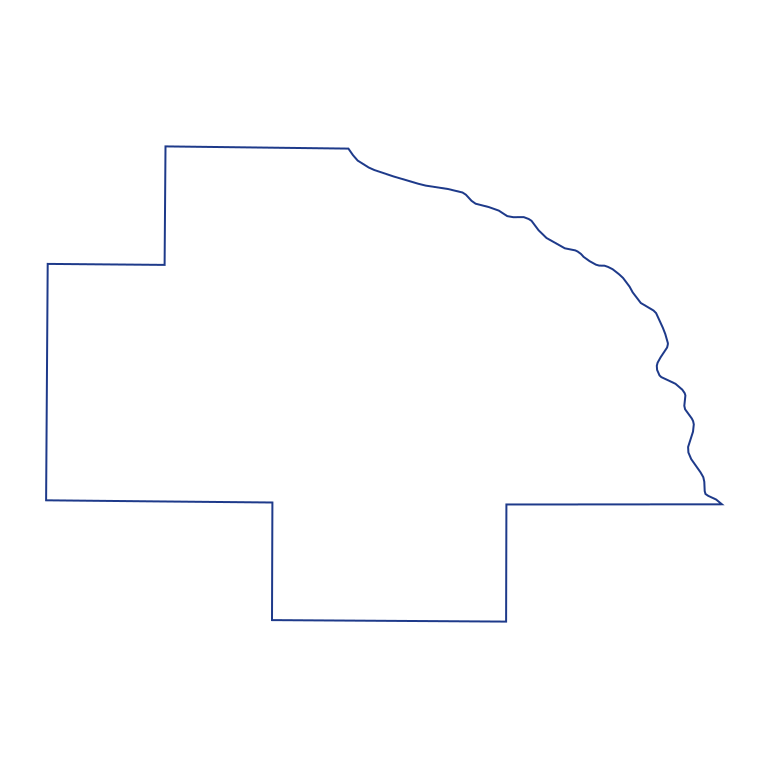 Wabasha, Minnesota, United States of America (Albers equal-area conic projection)
{"feature_id": "52423323B18779355101233", "entity_name": "Wabasha", "entity_type": "district", "adm_level": 2, "iso_a3": "USA", "parent_name": "United States of America", "parent_adm1": "Minnesota", "projection": "albers", "projection_center": [-92.029, 44.281], "detail": "fine", "context": "isolated", "style": "outline", "palette": "blue", "viewbox_px": 768, "rotation_deg": 0, "n_neighbors": 0, "source": "geoboundaries", "source_scale": "gbopen_adm2", "svg_char_len": 1133}
<svg xmlns="http://www.w3.org/2000/svg" viewBox="0 0 768 768"><path d="M506.1,621.6L506.4,504.5L721.9,504.3L716.1,499.5L708.3,495.9L705.5,494.0L704.7,491.1L704.3,481.8L703.3,477.2L700.5,472.3L691.2,459.1L688.4,452.5L688.1,447.0L693.0,431.7L693.8,424.4L693.1,421.1L691.8,418.5L685.1,409.3L684.3,405.8L685.4,395.5L684.7,393.2L682.4,389.8L675.5,383.8L661.3,377.1L659.5,375.4L657.1,369.9L656.8,365.8L657.6,362.7L660.6,357.3L667.1,347.5L667.8,344.6L667.9,343.2L665.3,334.1L662.9,327.9L656.1,313.1L653.5,310.5L640.8,303.0L632.7,292.4L629.6,286.7L623.0,277.9L619.1,274.3L612.6,269.2L608.0,266.9L604.5,265.7L599.2,265.6L596.0,264.7L589.5,261.1L583.5,256.8L582.5,255.6L580.9,253.9L577.6,251.5L575.3,250.4L564.8,248.3L546.5,238.0L538.6,230.3L531.5,220.8L528.7,219.0L523.7,217.1L513.3,217.2L507.2,216.1L502.3,212.9L498.8,210.6L488.9,207.1L475.6,203.7L471.5,200.8L465.9,194.7L462.5,192.5L447.9,189.0L425.7,185.6L418.1,183.7L393.7,176.5L374.5,170.1L368.7,167.5L357.7,160.6L353.0,155.2L348.4,148.6L165.5,146.4L164.6,264.9L47.7,263.9L46.1,500.3L155.8,501.4L272.4,502.5L272.0,620.1L506.1,621.6Z" fill="none" stroke="#1e3a8a" stroke-width="2"/></svg>